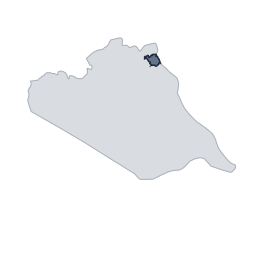 location of A'zaz, Aleppo, Syria, rotated 63°
{"feature_id": "27442178B26836039619487", "entity_name": "A'zaz", "entity_type": "district", "adm_level": 2, "iso_a3": "SYR", "parent_name": "Syria", "parent_adm1": "Aleppo", "projection": "robinson", "projection_center": [37.201, 36.467], "detail": "fine", "context": "in_parent", "style": "filled", "palette": "slate", "viewbox_px": 256, "rotation_deg": 63, "n_neighbors": 0, "source": "geoboundaries", "source_scale": "gbopen_adm2", "svg_char_len": 3455}
<svg xmlns="http://www.w3.org/2000/svg" viewBox="0 0 256 256"><g transform="rotate(63 128 128)"><path d="M45.1,92.8L47.1,93.0L51.3,95.5L52.0,95.4L53.3,92.2L54.5,91.1L57.1,90.1L57.8,84.8L59.1,83.8L60.5,83.2L62.8,83.1L64.7,82.8L64.8,81.9L62.1,75.8L62.4,74.2L63.7,68.1L64.5,65.6L65.3,64.9L68.4,65.2L72.7,66.3L73.9,68.0L76.0,69.6L79.1,69.5L82.8,69.8L85.7,69.9L87.9,68.8L93.1,66.7L95.7,66.0L98.0,65.1L105.4,61.7L108.4,62.0L110.4,62.4L112.0,63.0L115.5,65.3L118.5,67.6L120.5,68.3L124.2,68.3L129.4,68.7L135.9,68.7L139.7,68.0L144.6,66.9L153.2,64.1L164.4,58.3L171.1,55.5L174.0,55.2L177.7,55.2L181.5,55.9L185.7,56.4L187.7,56.4L192.3,55.8L198.2,54.6L201.9,53.7L206.4,52.1L209.2,49.5L210.1,49.2L211.3,49.7L211.8,49.9L213.0,51.4L214.3,55.2L214.3,55.6L214.1,56.7L211.2,59.9L207.3,64.1L204.4,66.8L199.7,71.3L196.0,72.3L190.0,74.0L188.3,75.5L186.9,78.1L186.0,81.6L185.8,83.8L185.7,87.9L187.2,92.1L188.6,96.2L188.8,98.9L188.7,101.6L187.5,104.4L186.1,108.3L185.3,112.7L185.0,120.9L185.0,127.9L184.9,129.1L182.5,134.1L179.6,139.9L178.2,141.2L171.8,142.9L164.7,147.2L156.8,151.9L149.7,156.3L142.1,160.8L134.3,165.5L128.7,168.8L121.2,173.3L114.4,177.6L107.5,182.0L102.2,185.3L94.2,190.5L89.5,193.6L82.6,198.1L76.5,202.1L69.3,206.8L60.3,205.4L57.4,204.6L55.1,202.3L53.4,201.1L49.1,199.9L46.4,195.7L44.8,194.2L41.9,193.5L43.1,190.8L43.4,189.1L44.6,186.9L43.8,185.5L43.5,182.4L42.9,181.7L42.8,180.9L43.2,179.9L43.0,178.9L42.5,178.5L42.3,177.0L41.9,175.9L42.1,174.5L42.8,173.7L43.4,172.0L44.2,171.5L45.4,170.4L45.7,169.3L46.8,168.2L48.2,167.3L48.6,166.6L48.4,166.2L46.9,165.4L46.1,164.0L46.8,161.9L47.3,161.3L48.2,160.3L50.1,158.8L51.7,158.5L53.0,158.5L55.2,158.7L56.9,158.9L57.4,158.5L57.3,158.0L55.2,156.8L55.1,155.8L55.6,154.8L57.1,153.1L58.9,151.9L59.8,151.7L61.9,149.2L63.2,146.4L61.1,139.8L59.8,138.7L57.7,137.8L56.5,137.6L56.4,137.2L58.0,135.5L59.2,134.0L57.9,132.6L55.6,132.0L54.7,133.4L51.8,133.5L47.2,133.5L45.2,126.5L44.9,123.4L44.9,119.9L46.4,114.7L45.7,112.3L45.7,110.7L45.3,108.5L41.7,103.7L43.7,95.0L45.1,92.8Z" fill="#d9dde1" stroke="#a8b0b8" stroke-width="1"/><path d="M82.7,78.8L82.7,78.7L82.8,78.7L83.0,78.2L83.2,77.6L83.5,77.3L83.6,77.0L83.8,76.5L84.1,76.0L84.0,75.9L84.1,75.7L84.3,75.6L84.5,75.6L84.9,75.5L85.0,75.4L85.3,75.4L85.5,75.2L85.6,74.8L85.7,74.6L85.7,74.1L85.6,73.4L85.5,73.2L85.4,73.1L85.3,72.9L85.2,72.8L85.1,72.5L85.1,72.2L85.1,71.7L84.9,71.6L84.7,71.5L84.4,71.4L84.1,71.1L84.3,70.6L84.5,70.2L84.7,69.8L84.8,69.7L84.6,69.7L84.0,69.6L83.7,69.6L83.4,69.5L83.0,69.5L82.9,69.5L82.3,69.3L82.2,69.3L81.3,69.2L81.2,69.2L80.8,69.2L80.2,69.3L79.4,69.5L79.2,69.6L78.9,69.5L78.6,69.4L78.4,69.3L78.2,69.3L77.6,69.3L77.4,69.4L77.3,69.6L77.2,69.7L77.2,69.8L77.0,70.4L76.9,70.4L76.8,70.5L76.6,70.5L76.5,70.4L76.3,70.3L76.0,70.0L75.9,69.9L75.7,69.7L75.3,69.5L75.1,69.5L74.9,69.8L74.9,70.2L74.7,70.7L74.2,71.3L73.8,72.2L73.8,72.4L73.7,72.5L73.7,73.0L73.7,73.3L74.0,73.3L74.4,73.5L74.1,74.1L73.9,74.5L73.9,74.8L74.4,75.3L74.8,76.2L74.8,76.5L74.7,77.0L74.5,77.3L74.2,77.4L73.7,77.1L73.3,77.0L72.5,77.2L72.3,77.5L72.3,78.1L72.4,78.8L72.4,79.5L72.3,80.1L72.0,80.5L72.6,81.3L73.3,81.4L73.6,81.5L73.9,81.7L73.9,81.0L74.0,80.4L74.0,79.9L74.3,79.8L74.6,79.8L74.9,79.7L75.2,79.6L75.3,79.5L75.8,79.5L76.2,79.4L76.7,79.4L77.2,79.4L77.6,79.4L77.8,79.4L78.2,79.3L78.4,79.0L78.6,78.8L78.9,78.6L79.1,78.4L79.4,78.4L79.7,78.4L79.9,78.6L80.1,79.0L80.3,79.3L81.1,79.1L81.4,78.8L82.0,78.5L82.2,78.4L82.4,78.3L82.7,78.8Z" fill="#64748b" stroke="#1e293b" stroke-width="1.5"/></g></svg>